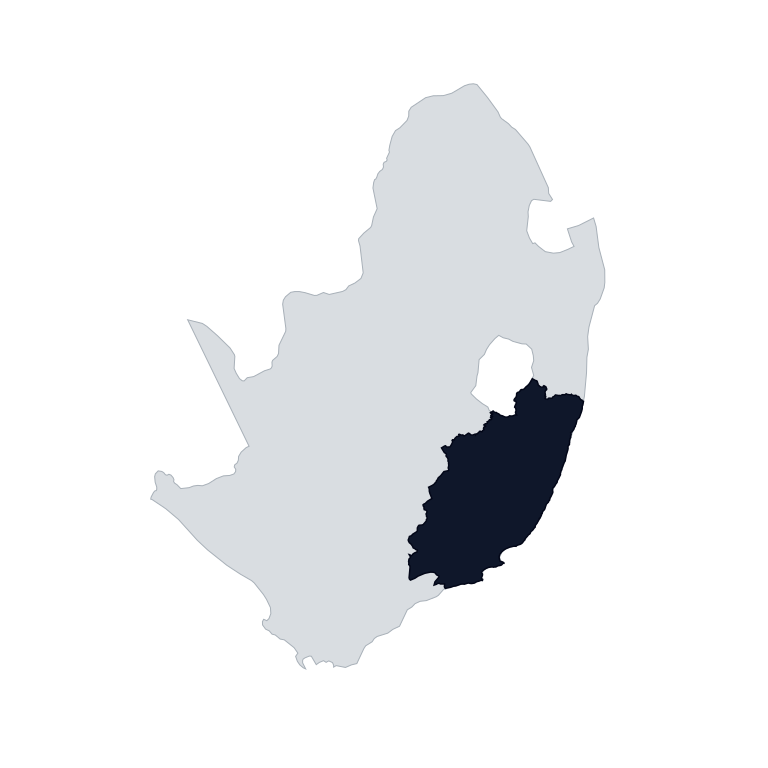 South Africa, with Eastern Cape highlighted, rotated 335°
{"feature_id": "ZAF-1926", "entity_name": "Eastern Cape", "entity_type": "Province", "adm_level": 1, "iso_a3": "ZAF", "parent_name": "South Africa", "parent_adm1": "", "projection": "natural_earth1", "projection_center": [27.087, -32.092], "detail": "fine", "context": "in_parent", "style": "filled", "palette": "ink", "viewbox_px": 768, "rotation_deg": 335, "n_neighbors": 0, "source": "natural_earth", "source_scale": "10m", "svg_char_len": 9810}
<svg xmlns="http://www.w3.org/2000/svg" viewBox="0 0 768 768"><g transform="rotate(335 384 384)"><path d="M525.6,144.7L542.7,142.1L550.4,143.6L559.6,147.7L568.2,149.1L582.9,147.7L587.9,148.3L591.9,149.7L594.8,151.9L598.9,168.1L602.3,185.5L602.2,191.1L602.7,193.2L606.8,200.6L608.3,205.2L610.7,208.9L615.9,227.4L616.4,230.7L615.9,275.5L613.8,280.9L614.7,288.0L612.2,288.9L597.8,279.9L595.2,280.2L591.1,283.6L587.3,288.8L585.5,293.3L578.1,305.4L577.5,313.1L578.1,319.6L580.5,319.9L582.2,324.6L586.1,332.2L592.8,337.0L598.9,339.2L607.6,339.7L614.4,339.6L614.1,334.5L615.8,320.9L627.2,322.6L644.1,322.1L642.8,330.9L636.4,351.1L632.3,373.8L627.1,385.2L624.2,389.9L615.9,398.3L611.6,401.1L608.0,402.0L593.9,418.9L588.6,427.1L583.9,438.9L579.2,445.5L572.3,459.4L560.4,479.9L550.3,493.4L545.9,497.3L542.9,499.0L535.0,506.9L523.8,519.4L515.2,530.6L502.5,543.2L495.1,548.7L484.1,559.6L481.0,561.2L468.6,571.4L459.7,577.5L445.3,584.6L439.6,586.6L425.9,584.8L420.2,585.8L415.4,590.1L415.0,596.3L413.0,597.2L400.5,594.3L395.3,594.8L392.3,598.1L389.9,602.3L382.7,602.5L369.9,598.2L354.8,595.5L351.3,595.3L344.0,598.5L341.5,598.9L330.8,598.2L324.9,596.2L319.3,596.2L315.0,597.9L309.7,598.5L295.7,610.1L288.4,610.1L282.1,611.4L271.0,609.9L267.6,610.6L264.3,612.6L256.8,613.5L253.9,615.3L241.2,625.9L235.9,624.8L229.3,624.6L221.6,619.0L218.7,619.3L219.5,617.6L219.6,614.7L216.9,611.6L213.9,611.8L212.3,609.2L207.8,609.0L204.0,609.7L203.1,600.0L201.3,599.0L196.8,598.8L194.6,599.1L193.5,600.0L192.4,602.3L192.6,609.1L190.9,607.1L189.0,603.0L188.3,598.7L188.8,593.5L192.2,591.5L191.1,585.0L185.5,573.7L182.1,571.3L179.4,565.5L176.8,563.4L175.7,559.3L173.1,556.1L172.1,551.0L173.4,548.0L175.5,546.4L177.8,549.0L180.6,548.0L184.4,544.3L186.6,538.6L186.5,529.6L185.8,524.0L182.3,509.4L180.8,506.1L173.5,495.7L164.9,481.8L154.0,459.8L148.7,446.6L140.5,419.9L133.5,404.8L125.0,390.7L123.9,389.8L125.1,388.1L129.4,384.8L131.4,384.0L132.5,384.4L133.5,383.5L134.5,381.3L135.1,376.3L137.0,371.0L138.8,368.8L142.6,367.3L145.6,369.3L146.9,371.2L147.5,373.8L148.8,375.0L150.9,374.9L152.4,376.5L153.3,379.7L153.2,382.0L152.1,383.4L152.3,385.3L153.8,387.7L155.6,392.9L163.6,395.6L168.1,395.9L172.4,397.2L176.4,399.5L183.0,400.1L192.1,398.9L199.6,399.4L205.6,401.7L209.9,402.1L212.5,400.7L213.6,398.6L213.2,395.9L214.5,394.2L217.5,393.5L219.8,391.5L221.6,388.2L225.7,385.4L232.2,383.4L235.4,383.4L233.2,242.8L245.0,252.4L247.8,256.9L253.6,270.1L259.7,286.3L260.8,294.2L260.5,295.9L254.7,306.6L254.6,311.8L255.3,318.0L256.8,321.1L258.5,322.1L262.7,320.5L269.0,322.2L281.2,321.5L287.3,322.3L288.8,321.8L290.2,320.5L291.7,316.8L293.1,315.5L298.8,313.9L301.3,311.8L305.2,304.5L317.2,294.7L318.5,292.3L325.9,268.8L328.2,265.5L331.6,263.3L338.2,261.5L342.1,262.5L346.4,264.5L351.1,267.9L358.3,274.3L360.7,275.3L367.8,275.5L372.2,279.7L385.5,282.6L389.4,282.4L393.5,280.2L400.3,280.2L407.7,278.6L412.1,274.5L420.6,248.8L421.5,243.2L422.5,241.6L429.5,238.7L438.0,236.5L439.7,235.3L445.0,228.2L451.9,222.2L456.8,201.7L459.9,196.9L461.9,194.8L463.1,194.8L464.9,193.5L467.2,191.0L470.0,189.5L473.2,188.9L475.2,187.2L476.2,184.4L477.8,183.1L480.2,183.2L481.5,182.3L481.8,180.5L487.0,176.1L487.2,174.3L490.2,170.0L496.0,163.1L501.5,159.2L506.7,158.5L516.2,154.9L519.6,151.7L521.8,147.2L525.6,144.7ZM508.6,447.7L517.0,444.2L523.3,439.6L524.7,431.3L529.5,426.2L531.3,421.4L532.6,414.8L529.8,407.9L526.0,405.9L518.9,399.9L515.9,395.9L511.6,392.5L508.6,388.4L503.7,389.7L496.2,393.0L491.5,396.0L487.5,399.6L480.5,402.1L473.9,413.5L471.7,416.0L466.5,424.3L459.0,428.4L458.9,429.9L461.4,436.6L464.8,443.3L468.4,448.8L468.2,452.2L469.5,454.8L472.7,456.7L478.2,463.5L480.9,465.7L489.2,467.3L490.4,466.9L492.7,462.8L493.0,460.0L498.6,451.1L501.0,448.4L508.6,447.7Z" fill="#d9dde1" stroke="#a8b0b8" stroke-width="1"/><path d="M508.8,447.8L511.6,446.6L513.7,446.2L515.8,445.3L520.7,441.9L522.5,444.5L523.8,445.7L523.9,446.0L523.9,447.0L523.7,447.4L523.8,448.5L523.3,449.4L524.2,452.1L525.6,453.7L527.8,454.3L527.5,453.3L528.2,453.1L529.5,454.9L529.4,457.1L528.8,457.2L528.9,457.9L527.5,458.3L526.4,459.4L526.2,460.4L525.6,462.4L524.8,462.4L524.6,463.2L525.2,464.0L523.8,465.0L524.5,466.1L525.9,467.1L527.0,466.4L528.2,466.8L529.3,467.5L530.3,467.9L530.7,467.8L531.2,467.3L531.5,467.1L533.2,467.1L534.3,466.5L534.8,466.4L537.2,468.1L538.2,468.5L539.2,469.2L541.0,469.0L543.7,470.3L544.4,469.9L545.0,469.9L545.8,470.9L548.3,472.6L548.9,472.7L549.5,472.5L549.8,473.5L550.1,473.7L550.6,474.6L551.0,474.7L551.4,474.6L552.0,475.1L553.0,475.2L553.3,475.5L553.7,476.8L554.0,476.8L554.8,477.4L555.1,477.9L555.3,478.2L555.3,479.3L555.3,479.8L555.5,480.1L555.6,481.4L556.6,482.1L556.7,483.3L557.5,484.0L555.2,487.2L554.3,487.9L553.2,490.2L551.6,492.2L547.0,496.8L546.4,497.1L544.5,497.7L543.7,498.0L543.1,498.5L542.9,499.2L540.9,501.7L540.0,502.2L539.7,502.9L539.5,503.2L539.1,503.5L538.4,503.7L536.8,505.4L535.1,506.2L534.3,506.8L532.7,507.0L532.7,507.7L532.1,509.2L531.2,509.7L531.0,510.0L530.9,510.9L530.5,511.4L529.5,512.2L528.5,513.4L528.0,514.1L527.7,515.1L527.1,516.1L526.7,516.4L526.5,517.2L524.4,518.2L524.1,518.6L523.7,520.0L522.8,521.4L518.9,525.7L515.7,530.3L514.0,531.4L509.5,535.8L508.8,536.9L507.7,537.6L506.0,539.7L505.6,540.8L502.1,543.6L501.3,544.1L499.8,545.3L499.7,545.9L499.0,546.5L497.4,547.3L495.0,549.0L493.3,549.5L492.5,550.3L491.9,551.3L491.4,553.3L490.7,554.1L487.5,556.8L486.6,557.2L485.9,558.1L485.4,558.4L485.2,559.1L483.7,559.8L483.1,560.5L480.6,561.4L480.1,561.7L477.3,564.8L476.3,565.7L474.1,566.5L473.6,566.9L472.8,568.0L472.6,568.2L472.1,568.2L471.8,568.0L471.6,569.0L470.8,569.8L468.4,571.7L467.9,571.5L467.7,572.0L464.4,574.4L464.1,574.7L461.7,575.9L461.0,576.6L460.8,577.1L460.4,577.7L459.5,577.9L456.8,579.4L454.8,579.8L453.0,581.4L450.9,581.8L449.9,582.4L446.9,583.7L446.5,583.8L446.3,583.9L446.1,584.6L445.9,584.8L445.2,584.9L442.2,586.5L441.0,586.8L439.7,586.9L437.1,586.5L436.3,586.5L435.1,586.9L433.2,585.9L429.1,585.0L424.8,584.8L422.1,585.2L419.5,586.0L417.2,587.2L416.3,588.0L415.5,589.0L414.9,590.3L414.4,592.4L414.3,593.3L414.4,593.8L415.0,594.1L415.3,594.6L416.2,595.3L417.1,596.6L416.9,597.2L415.9,596.8L414.6,597.5L413.8,597.7L412.8,597.6L410.3,596.9L408.0,597.1L407.1,596.6L406.0,596.4L404.9,595.6L403.8,595.1L401.2,594.4L398.3,594.3L395.6,594.7L393.7,595.3L393.0,595.7L392.5,596.3L393.0,597.8L392.6,598.6L392.1,599.3L390.3,600.9L390.1,601.5L390.2,601.9L390.8,602.4L390.9,602.6L390.8,603.0L390.1,603.7L389.9,603.7L389.5,603.1L388.8,602.9L386.7,602.8L384.3,602.3L382.3,602.6L381.7,602.6L379.1,601.9L377.7,601.1L376.6,600.1L376.0,599.9L372.2,599.4L371.3,598.8L369.2,597.9L363.7,597.4L361.7,596.7L358.4,596.4L352.8,595.0L353.0,595.1L353.0,593.3L354.4,590.9L350.5,589.0L349.9,588.0L348.8,587.6L348.0,587.4L347.2,587.7L344.4,587.4L346.6,584.8L352.2,582.2L352.6,581.3L351.0,579.2L350.4,576.5L348.8,575.2L346.5,574.1L341.0,572.8L333.8,572.5L329.9,573.1L325.1,572.9L324.6,571.5L324.9,570.1L330.1,561.2L330.6,559.7L330.1,558.1L331.0,556.6L331.2,555.4L332.6,553.3L333.3,552.9L334.5,552.5L334.9,551.7L334.7,549.2L335.2,549.6L335.8,550.7L336.2,551.2L337.1,551.0L338.7,550.2L340.8,550.0L342.8,550.2L344.1,548.7L342.8,547.4L342.3,546.1L341.2,544.9L341.3,543.0L341.1,541.7L340.7,540.1L339.9,538.6L339.8,537.0L340.0,535.6L341.4,534.3L342.6,532.9L344.8,533.1L346.3,532.3L351.2,531.7L352.2,531.1L353.4,528.5L354.9,527.3L356.0,526.8L358.7,527.8L360.0,528.0L364.5,526.0L365.1,524.8L366.4,524.1L366.7,523.1L366.6,521.6L367.0,521.1L367.1,519.9L367.3,519.4L367.9,519.1L368.4,518.7L369.2,517.5L368.9,516.5L368.2,515.5L367.4,515.0L367.5,513.9L367.9,513.4L368.1,512.5L368.4,512.3L368.0,511.3L368.3,510.0L369.1,509.7L371.0,509.7L373.9,508.6L379.0,508.0L379.4,502.2L379.8,500.1L380.4,499.1L380.8,497.2L380.8,496.4L385.1,496.3L387.3,495.9L388.6,495.2L389.9,494.8L390.6,493.9L391.9,493.3L393.6,491.9L396.6,491.1L401.3,488.7L405.6,489.7L406.5,489.1L406.7,487.2L407.8,485.8L408.5,484.7L408.7,483.7L409.5,482.2L409.4,480.9L410.2,479.4L410.4,478.5L410.2,477.0L409.8,476.0L409.9,475.3L410.7,474.3L410.9,473.4L409.7,471.7L409.1,466.2L412.7,465.8L413.7,466.0L413.8,466.3L414.0,467.5L414.2,467.8L415.4,468.1L416.4,468.7L417.3,468.8L418.8,467.9L420.8,466.4L421.6,465.6L421.9,465.1L421.8,464.0L422.5,463.5L422.9,463.6L423.9,464.4L425.4,463.2L427.7,462.4L428.1,462.4L429.3,462.9L430.1,462.9L430.3,462.3L430.2,461.6L430.4,461.3L431.2,461.5L432.3,462.9L434.0,463.5L434.2,464.3L434.7,464.9L435.6,465.0L439.7,464.2L440.7,465.2L440.9,466.5L441.3,466.9L442.6,467.7L443.2,467.8L445.3,467.9L445.8,468.1L445.8,468.4L445.6,468.8L446.5,468.4L446.9,468.3L447.3,468.6L447.9,468.6L448.4,468.1L449.5,468.0L450.4,467.3L451.2,467.4L452.1,468.4L452.6,468.7L453.0,468.5L453.4,468.0L455.2,467.7L455.5,467.3L455.3,466.6L455.6,466.0L456.2,465.5L456.8,465.2L458.0,465.4L458.3,465.2L458.1,464.4L457.5,463.8L457.2,463.3L457.6,463.1L459.1,462.9L460.9,463.4L461.5,462.9L461.4,461.9L461.9,461.8L463.2,462.0L463.8,461.3L464.4,461.3L464.6,461.0L464.9,461.1L465.2,461.5L465.9,461.6L466.6,461.4L467.2,460.4L466.4,459.9L466.3,459.6L466.5,459.2L467.8,459.7L468.5,459.3L467.4,458.4L467.5,457.7L468.1,457.5L469.5,457.5L470.0,456.8L469.5,456.3L468.9,456.6L468.2,455.0L469.1,454.7L470.1,454.9L471.0,454.6L471.5,454.6L471.7,454.9L471.9,455.8L472.3,456.4L472.8,456.8L473.9,457.4L474.1,458.2L474.9,459.0L475.7,460.2L475.9,461.2L476.1,461.5L478.0,463.0L479.7,465.1L480.6,465.7L481.7,466.1L483.0,466.3L484.2,465.9L484.6,466.0L485.4,466.7L486.7,467.3L490.4,467.6L491.1,468.0L491.0,466.0L491.2,465.2L491.4,464.9L492.0,464.5L492.5,463.9L493.1,461.9L493.0,461.2L492.6,460.2L492.9,459.8L495.5,457.6L496.0,457.1L496.2,456.2L496.1,455.3L495.3,454.8L494.9,454.3L495.0,453.6L495.5,453.0L496.7,452.3L497.9,452.0L498.6,451.2L499.3,450.4L500.1,448.8L500.8,448.3L501.5,448.1L503.0,448.4L503.8,448.1L505.2,447.2L505.7,447.1L506.2,447.1L507.8,447.8L508.8,447.8Z" fill="#0f172a" stroke="#020617" stroke-width="1.5"/></g></svg>